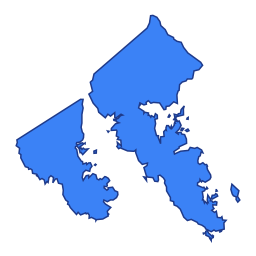 the district of Gao-Bugotu, Isabel, Solomon Islands
{"feature_id": "97153195B92120906809587", "entity_name": "Gao-Bugotu", "entity_type": "district", "adm_level": 2, "iso_a3": "SLB", "parent_name": "Solomon Islands", "parent_adm1": "Isabel", "projection": "equal_earth", "projection_center": [159.757, -8.429], "detail": "fine", "context": "isolated", "style": "filled", "palette": "blue", "viewbox_px": 256, "rotation_deg": 0, "n_neighbors": 0, "source": "geoboundaries", "source_scale": "gbopen_adm2", "svg_char_len": 5977}
<svg xmlns="http://www.w3.org/2000/svg" viewBox="0 0 256 256"><path d="M88.9,94.1L93.2,103.2L97.8,108.4L98.7,112.2L105.3,117.8L107.9,114.2L110.5,116.1L114.7,112.7L114.8,117.7L116.2,117.8L121.0,114.2L122.7,115.1L120.6,115.6L118.1,118.5L115.8,119.2L116.4,121.6L119.0,122.8L115.5,123.8L111.4,128.4L111.2,130.4L116.5,130.1L117.0,131.2L116.3,136.0L118.6,137.3L117.4,139.4L120.8,140.2L121.3,146.0L117.3,142.3L117.7,145.3L116.8,146.4L118.6,148.7L120.3,147.9L127.5,150.9L134.1,151.3L135.8,149.9L135.7,152.6L138.6,160.6L142.3,164.4L147.5,163.1L147.1,165.5L143.9,167.6L146.3,175.6L147.7,177.1L152.9,177.6L154.7,181.2L157.8,181.6L158.5,180.0L158.1,175.8L160.0,175.1L163.4,177.9L165.0,180.5L164.5,183.0L166.5,186.9L166.6,190.9L170.4,197.4L170.4,200.6L173.6,201.6L174.1,205.0L177.1,206.2L180.3,209.2L183.8,217.2L187.4,220.5L191.2,219.4L197.2,222.3L198.3,224.0L201.8,225.1L205.0,227.3L205.7,228.9L211.2,231.7L214.0,230.0L215.8,231.2L224.2,229.1L223.9,222.9L226.1,220.3L222.6,220.0L221.9,216.7L220.7,217.8L217.4,217.4L216.3,211.2L214.5,212.4L211.7,210.3L214.0,208.6L212.9,207.0L212.9,204.8L216.5,205.1L216.9,202.1L215.2,201.4L212.9,202.4L211.9,200.9L210.3,200.8L210.7,199.4L207.8,195.1L207.2,200.0L208.2,202.7L207.0,202.5L207.0,203.5L205.1,201.5L204.4,202.9L203.5,199.9L202.5,199.9L203.2,197.4L202.3,191.8L204.7,190.7L205.2,189.1L203.9,187.2L203.2,187.8L197.5,185.4L197.6,182.8L199.7,181.6L200.0,179.5L201.5,181.9L202.5,180.8L205.2,182.2L209.8,179.4L210.9,177.3L210.6,174.9L207.5,169.6L206.9,166.6L207.5,166.2L206.6,164.5L205.0,164.7L202.9,162.7L199.8,164.4L198.1,163.1L197.8,160.6L198.8,156.6L200.2,155.8L201.0,152.2L202.9,152.8L201.6,150.0L197.2,147.4L194.8,148.4L190.2,147.4L188.4,150.4L180.7,151.2L174.5,154.0L173.9,151.5L179.1,148.1L179.2,146.7L186.6,143.3L186.4,139.0L184.6,134.6L181.8,134.1L181.0,132.2L178.0,132.7L178.1,134.0L175.9,132.5L179.2,129.1L181.1,125.3L179.1,120.9L177.8,121.6L176.7,120.0L176.6,121.2L175.2,121.4L174.6,122.4L175.4,123.3L174.1,124.0L174.3,125.1L171.9,128.4L171.3,126.0L170.5,127.8L170.8,128.4L170.9,129.1L168.4,125.6L166.7,125.6L165.9,128.0L166.3,130.2L165.6,129.7L163.7,131.7L164.1,136.4L160.5,136.9L160.6,143.7L158.1,137.2L158.4,135.7L156.5,135.6L154.6,128.4L155.6,123.7L154.9,119.3L157.4,118.6L157.3,115.1L155.4,113.7L154.2,117.2L151.5,115.7L150.8,117.2L149.5,115.2L148.2,115.3L148.5,113.0L144.7,112.2L143.9,113.3L143.9,111.3L138.6,107.9L139.9,102.9L143.9,104.9L146.4,104.2L146.1,102.4L148.3,100.7L150.9,103.2L153.5,102.4L159.6,102.9L164.0,109.7L165.8,109.3L166.2,106.4L169.3,106.0L173.7,101.8L177.4,103.5L176.9,94.9L178.1,91.0L179.1,90.4L179.6,84.6L182.3,82.0L186.1,80.9L187.3,79.0L191.8,79.0L192.7,78.0L194.0,70.9L198.9,69.7L202.6,65.3L200.7,62.3L187.9,53.0L183.6,47.4L181.2,42.3L177.0,41.3L173.8,39.1L173.5,37.5L167.8,34.7L165.2,29.6L160.8,25.6L159.9,21.6L156.9,17.3L152.9,15.4L150.6,15.7L149.5,23.0L147.1,28.1L94.0,74.0L92.6,80.1L90.3,82.2L92.6,91.3L88.9,94.1ZM80.6,99.3L16.9,139.9L17.3,142.6L16.2,145.7L19.6,148.2L19.0,153.3L20.9,154.6L20.8,157.9L25.3,166.7L28.3,167.6L28.7,169.3L30.5,168.8L32.1,170.0L32.6,173.3L36.8,174.2L39.9,179.6L42.0,178.5L44.3,180.0L45.1,184.0L47.0,181.5L48.1,182.5L48.9,177.6L50.9,175.7L53.5,177.5L52.8,182.8L55.4,179.0L57.0,178.7L58.5,183.2L62.3,184.2L63.3,190.3L62.9,194.6L65.7,200.0L68.1,201.8L67.6,204.2L69.1,205.0L70.3,207.6L76.5,214.5L78.1,212.3L80.6,214.9L85.7,212.9L86.2,213.9L87.9,213.2L89.3,215.2L89.1,218.2L91.5,217.4L95.8,219.5L95.9,220.6L96.5,219.6L102.8,219.0L108.2,216.0L107.3,211.2L110.8,207.4L105.5,204.1L103.5,201.8L103.9,200.0L107.3,201.7L110.6,199.9L113.1,200.0L116.5,197.6L117.9,194.7L117.6,191.9L114.8,190.7L112.6,187.2L108.0,187.8L108.2,189.2L106.9,190.2L104.1,187.9L104.2,186.3L106.2,186.7L107.3,185.8L106.9,183.6L109.7,180.7L108.3,178.3L105.8,176.8L104.8,176.6L101.9,179.5L100.1,178.6L98.9,179.9L97.0,178.9L95.9,174.9L92.9,173.7L88.8,177.8L88.7,175.2L86.2,175.7L83.2,180.4L82.2,177.5L83.2,172.6L85.8,170.2L89.7,171.3L90.3,168.5L92.0,166.2L90.4,162.8L88.5,163.0L86.8,164.5L86.3,162.9L83.0,164.1L82.5,161.5L81.4,161.3L77.9,156.2L76.7,149.5L75.3,148.1L75.6,146.5L76.8,145.9L79.3,148.9L79.1,147.6L84.0,143.7L82.2,142.8L77.3,144.9L76.3,143.9L76.7,142.6L79.9,142.1L82.6,139.9L83.5,137.7L83.7,134.0L82.3,132.1L81.1,127.2L81.9,123.1L81.9,114.5L83.1,108.0L82.2,104.3L83.1,99.4L80.6,99.3ZM239.8,200.0L237.5,196.4L238.9,190.7L231.9,184.2L230.9,189.5L232.2,193.9L233.4,195.8L236.2,196.9L236.1,199.6L237.8,202.1L239.8,200.0ZM184.3,105.9L181.1,109.6L180.4,113.5L178.3,113.7L177.7,115.1L174.2,114.2L174.9,117.7L173.7,119.6L175.2,120.0L176.3,116.7L183.5,114.9L183.4,108.9L184.3,105.9ZM88.1,148.9L84.7,149.3L83.2,148.1L82.0,149.5L81.1,148.0L79.3,149.2L80.1,152.7L81.1,152.4L82.7,154.6L88.1,148.9ZM213.0,237.0L208.6,233.1L207.2,230.5L205.7,231.4L205.9,235.3L208.4,236.4L210.3,238.0L211.2,239.2L213.0,237.0ZM217.7,196.1L216.9,194.2L215.6,193.7L214.7,195.1L212.2,195.3L211.4,198.3L212.2,199.1L217.7,196.1ZM96.3,153.1L96.4,150.1L93.9,151.1L94.0,153.3L96.3,153.1ZM189.0,130.7L187.9,129.0L185.5,130.4L187.0,131.6L189.0,130.7ZM183.7,128.5L181.9,128.1L180.8,130.1L182.3,130.6L183.7,128.5ZM146.5,180.6L146.2,177.3L143.8,176.9L146.5,180.6ZM170.2,115.8L169.3,114.7L168.1,117.0L169.0,117.3L170.2,115.8ZM207.7,188.5L206.8,187.3L206.1,189.1L207.3,188.9L207.7,188.5ZM188.2,117.4L187.2,118.0L186.8,119.1L188.1,119.3L188.2,117.4ZM217.2,191.0L216.4,189.7L216.2,189.7L216.0,191.3L217.2,191.0ZM115.1,120.7L114.5,119.5L113.7,119.4L113.9,120.4L115.1,120.7ZM96.1,164.6L95.4,164.1L94.5,165.0L95.3,165.5L96.1,164.6ZM211.2,240.6L211.2,239.5L209.4,237.9L211.2,240.6ZM221.4,231.3L222.1,229.9L219.2,232.3L221.4,231.3ZM109.4,130.9L108.2,131.3L107.6,131.1L108.2,132.2L109.4,130.9ZM213.2,238.2L213.4,235.9L213.0,235.6L213.2,238.2ZM140.4,104.5L140.9,103.7L140.2,103.3L140.4,104.5ZM204.5,233.0L203.3,233.1L203.5,234.0L203.8,234.0L204.5,233.0ZM85.1,143.8L85.1,143.0L84.4,143.5L85.1,143.8ZM37.1,176.0L36.8,175.3L36.7,175.2L36.5,175.6L37.1,176.0ZM108.8,215.0L108.6,214.0L108.4,214.1L108.8,215.0Z" fill="#3b82f6" stroke="#1e3a8a" stroke-width="1.5"/></svg>